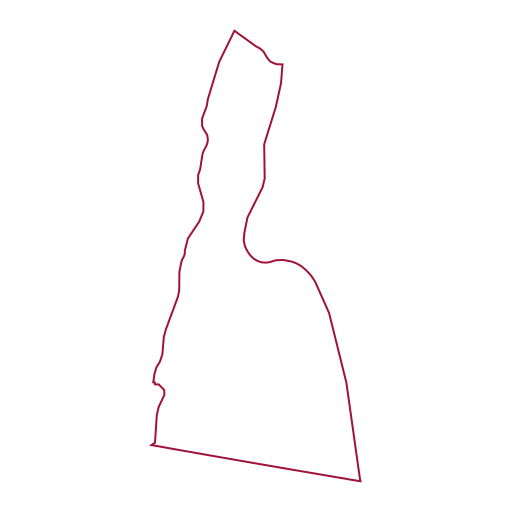 an SVG outline of Aqaba
{"feature_id": "JOR-849", "entity_name": "Aqaba", "entity_type": "Province", "adm_level": 1, "iso_a3": "JOR", "parent_name": "Jordan", "parent_adm1": "", "projection": "albers", "projection_center": [35.24, 29.976], "detail": "fine", "context": "isolated", "style": "outline", "palette": "rose", "viewbox_px": 512, "rotation_deg": 0, "n_neighbors": 0, "source": "natural_earth", "source_scale": "10m", "svg_char_len": 1229}
<svg xmlns="http://www.w3.org/2000/svg" viewBox="0 0 512 512"><path d="M153.3,382.3L154.4,374.1L156.3,367.5L159.9,361.7L162.4,354.2L163.8,337.2L165.8,329.6L178.0,296.6L179.2,290.4L179.4,272.0L181.4,261.7L182.4,259.1L183.7,256.8L184.7,254.1L184.9,250.4L187.9,238.5L199.2,221.6L203.4,211.4L203.4,201.9L198.1,183.3L198.2,174.7L200.1,169.5L202.6,153.7L204.1,149.9L205.9,146.8L207.3,143.5L207.9,139.3L207.2,135.0L203.4,128.9L202.1,125.8L202.1,118.5L206.7,106.2L207.9,99.0L219.2,61.9L234.4,30.8L234.5,30.7L238.4,33.7L256.2,46.5L260.2,48.6L263.6,51.7L266.7,57.1L269.9,61.3L273.6,63.1L276.5,64.2L282.5,64.4L281.0,83.4L275.7,107.4L264.2,144.3L264.7,178.4L262.6,187.2L247.4,217.6L244.4,232.7L243.7,240.6L245.0,246.3L246.4,249.3L248.4,252.8L250.8,255.9L254.0,258.9L257.6,261.0L261.9,262.4L266.1,262.6L270.0,262.1L273.4,260.9L276.8,260.2L283.5,260.0L291.4,261.5L296.3,263.3L301.4,266.2L306.5,270.6L311.2,275.7L315.2,281.8L329.1,313.1L346.4,382.7L359.9,478.6L360.5,481.2L360.5,481.3L329.2,476.0L290.0,469.3L253.2,463.0L212.1,455.8L180.8,450.3L151.5,445.1L155.0,442.7L156.8,415.1L158.6,407.2L164.4,394.8L164.2,390.0L158.7,384.4L155.1,384.4L154.9,383.4L154.9,382.6L154.5,382.2L153.3,382.3Z" fill="none" stroke="#9f1239" stroke-width="2"/></svg>